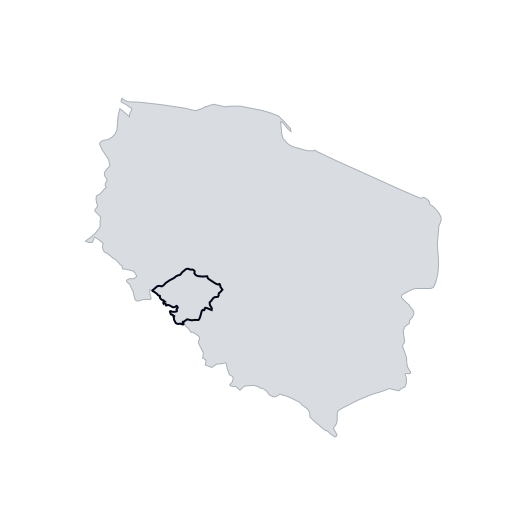 location of Opole within Poland, rotated 22°
{"feature_id": "POL-3167", "entity_name": "Opole", "entity_type": "Voivodeship", "adm_level": 1, "iso_a3": "POL", "parent_name": "Poland", "parent_adm1": "", "projection": "robinson", "projection_center": [17.773, 50.56], "detail": "fine", "context": "in_parent", "style": "outline", "palette": "ink", "viewbox_px": 512, "rotation_deg": 22, "n_neighbors": 0, "source": "natural_earth", "source_scale": "10m", "svg_char_len": 5751}
<svg xmlns="http://www.w3.org/2000/svg" viewBox="0 0 512 512"><g transform="rotate(22 256 256)"><path d="M423.1,275.0L425.2,278.3L426.1,280.8L425.4,282.9L425.7,284.9L433.5,293.6L436.5,299.9L438.4,302.4L442.7,305.6L443.1,306.9L441.5,308.1L439.1,308.6L438.4,309.7L441.1,312.7L443.1,317.7L443.1,321.8L441.7,322.8L440.0,325.3L438.9,327.5L429.1,329.0L426.8,331.4L421.5,336.0L417.9,338.7L412.6,343.5L404.2,351.8L392.0,365.9L389.9,369.2L390.4,371.9L392.8,378.1L393.4,381.0L393.1,383.6L392.4,385.9L392.5,387.0L398.0,391.3L398.2,392.2L397.8,393.4L396.7,394.2L392.5,393.3L387.8,391.5L386.3,391.7L383.7,391.3L373.3,387.8L366.3,385.1L365.6,383.4L364.2,380.8L361.2,378.6L354.4,376.8L351.6,375.3L340.6,374.5L335.8,374.5L332.4,375.1L330.2,375.0L327.3,378.8L325.3,379.9L322.3,380.0L319.6,379.4L316.9,377.4L312.6,376.3L309.5,376.8L307.2,376.4L305.2,376.3L304.5,376.7L303.0,376.6L300.7,377.6L298.2,378.9L295.4,380.0L293.3,382.2L291.4,386.5L286.0,384.5L284.2,385.4L281.7,385.9L279.9,385.4L280.3,383.9L281.1,382.2L281.0,379.8L280.5,377.3L278.8,376.4L276.3,376.1L275.0,375.6L274.9,374.7L273.6,373.6L271.3,370.9L269.2,367.4L267.7,366.4L265.6,368.0L262.5,369.9L260.5,370.5L256.7,375.9L249.8,376.1L249.3,373.6L248.6,371.2L244.6,370.6L244.5,369.1L243.6,365.6L235.5,358.6L234.5,355.7L234.8,354.6L234.2,352.8L232.5,351.6L226.1,350.3L224.4,351.1L223.0,350.3L220.6,348.6L216.6,347.3L216.2,346.6L214.7,345.4L213.9,345.3L213.4,346.0L212.2,347.0L208.1,348.3L206.4,347.7L204.9,346.6L203.2,344.2L200.7,342.1L198.7,341.4L197.5,340.3L197.3,339.5L201.8,337.8L202.8,336.0L202.2,332.8L201.5,332.4L199.7,333.5L196.0,334.4L192.5,334.9L190.7,334.9L180.7,329.0L174.2,327.2L170.4,326.7L170.0,327.3L171.7,330.6L174.7,334.6L174.5,335.7L168.9,338.1L166.5,339.5L164.5,341.4L162.7,342.3L161.2,342.1L159.6,341.1L155.5,335.2L150.4,330.6L149.8,329.5L148.1,329.3L145.8,328.3L145.1,326.9L146.3,325.4L147.8,324.0L150.7,323.2L151.5,322.4L152.0,321.3L153.1,319.7L152.8,319.2L150.8,317.5L147.9,315.9L139.7,317.1L137.5,318.0L136.2,316.8L135.3,315.2L133.3,314.9L130.4,313.4L127.1,311.9L123.9,311.4L117.1,309.3L114.5,309.2L113.0,308.5L111.4,306.9L110.1,305.1L109.5,301.5L104.5,299.9L99.5,298.9L99.2,299.4L99.3,303.0L99.0,304.9L95.7,306.1L92.4,306.2L92.6,305.6L96.6,299.1L98.5,295.0L100.6,287.6L98.3,281.7L97.7,278.9L96.6,277.6L89.8,274.7L89.3,273.7L90.4,269.9L90.0,268.2L88.4,266.5L86.3,263.0L85.5,260.1L88.3,256.7L90.3,250.7L91.4,248.3L89.6,247.0L89.2,245.1L89.7,242.4L88.8,240.3L86.4,239.0L84.9,237.3L84.2,235.2L84.9,231.8L86.8,227.2L83.0,221.6L73.4,215.1L68.9,210.6L69.3,208.0L71.4,205.7L75.1,203.6L78.0,199.8L79.7,195.4L79.9,191.4L75.9,178.5L75.2,175.2L74.6,170.3L83.0,173.0L86.5,174.5L86.1,172.8L85.4,171.3L85.9,169.1L85.7,165.8L78.1,164.2L73.1,163.6L72.5,161.3L73.1,159.8L74.4,160.7L79.4,161.0L91.7,156.6L112.9,150.8L135.4,145.4L140.7,144.8L145.9,143.7L147.9,141.7L149.9,140.3L153.0,136.8L159.8,131.2L171.7,129.2L176.2,126.6L185.5,122.9L206.8,118.8L215.7,117.9L224.4,117.8L232.1,121.0L240.3,125.0L241.8,127.5L237.4,125.9L230.9,122.3L228.5,122.2L234.1,133.2L237.1,137.0L243.3,140.0L248.4,140.9L264.2,139.2L269.8,136.9L271.4,135.7L272.9,136.3L293.6,137.5L365.6,140.4L386.3,140.9L387.5,140.6L389.6,138.7L392.2,139.0L395.3,140.1L396.7,141.0L397.3,141.9L397.8,143.1L399.4,143.3L402.5,144.1L406.7,146.1L410.0,148.0L413.1,150.7L414.3,153.7L414.4,157.2L414.3,159.4L419.4,176.4L427.0,192.0L429.8,199.5L431.0,203.5L432.1,209.3L432.5,213.4L432.5,215.7L432.1,218.9L430.1,220.7L416.7,226.1L414.2,227.7L410.3,231.9L406.8,236.2L406.0,237.6L405.8,238.6L406.6,240.0L411.6,242.3L416.5,244.2L418.2,245.5L421.9,247.3L423.2,248.9L424.0,250.3L424.1,253.5L422.6,257.9L423.4,261.2L421.8,263.4L420.5,265.9L420.5,270.2L423.1,275.0Z" fill="#d9dde1" stroke="#a8b0b8" stroke-width="1"/><path d="M173.4,327.3L172.9,327.0L173.0,326.5L175.8,321.0L177.8,319.8L180.0,319.5L181.4,317.6L182.3,315.0L185.0,310.9L188.2,307.2L189.5,304.7L191.3,302.8L192.5,302.2L193.1,300.8L193.4,299.5L193.8,298.4L196.0,294.4L197.0,293.6L198.2,293.2L199.5,293.3L200.8,293.0L202.0,292.4L203.3,292.4L204.6,292.9L205.1,293.9L205.3,295.1L207.3,296.3L209.7,296.4L214.1,295.1L218.4,293.1L219.3,294.3L220.4,295.0L228.8,296.7L231.5,296.7L232.0,296.3L232.3,295.8L232.7,295.6L233.8,296.6L234.6,298.0L237.5,299.8L236.2,303.4L235.7,303.9L235.5,304.6L235.7,305.7L236.2,306.6L235.9,308.2L233.0,309.7L232.0,311.4L231.3,314.4L230.4,316.3L231.2,318.1L232.2,319.2L233.4,320.0L234.6,321.0L235.1,322.7L229.6,322.7L228.5,322.9L228.0,324.0L228.4,324.8L228.3,325.6L227.5,326.0L226.7,326.1L226.3,327.1L227.0,333.1L227.0,335.6L226.6,336.9L222.9,338.3L220.6,339.7L215.9,340.5L213.6,344.0L213.6,344.8L212.9,344.7L213.1,345.8L213.3,345.8L213.6,345.8L213.9,345.8L214.2,346.1L214.3,346.6L214.1,346.8L212.8,347.1L211.3,347.1L210.6,347.3L209.5,348.1L208.1,348.4L206.7,348.2L204.3,346.2L203.9,345.7L203.6,345.2L203.3,344.6L203.1,344.1L202.7,343.6L202.3,343.4L202.2,343.1L202.3,342.8L202.7,342.6L202.7,342.4L202.1,342.3L201.1,341.9L200.6,341.8L200.2,341.9L199.9,342.0L199.5,342.1L198.9,341.9L197.1,340.0L197.0,339.7L197.3,339.2L197.7,339.0L199.5,339.0L200.5,338.6L202.1,337.9L202.9,337.3L203.3,336.6L202.7,335.7L202.3,335.4L202.2,334.9L202.3,334.5L202.7,333.6L202.8,333.5L202.8,333.3L202.8,333.2L202.7,333.1L202.0,332.3L201.8,332.2L201.1,332.0L200.9,332.1L200.8,332.4L200.6,332.8L199.4,334.1L198.8,334.5L197.9,334.7L194.5,334.2L192.7,334.3L191.6,335.4L191.4,335.5L191.2,335.6L190.8,335.4L190.5,334.5L189.6,334.0L188.8,334.1L188.4,334.9L187.9,334.6L187.6,334.1L187.6,333.5L187.6,332.9L187.4,332.8L187.3,332.7L187.1,332.5L187.0,332.3L187.7,332.1L186.9,331.8L185.2,331.9L184.3,331.7L182.9,331.0L182.6,330.7L182.3,330.3L182.1,329.6L182.0,329.1L181.6,328.9L180.5,329.1L179.9,329.1L179.5,328.9L178.6,328.3L178.2,328.1L174.3,327.2L173.4,327.3Z" fill="none" stroke="#020617" stroke-width="2"/></g></svg>